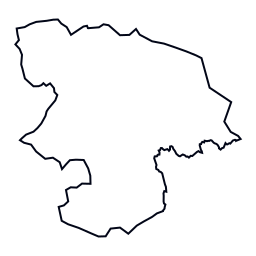 Pelathousa, Paphos, Cyprus (Equal Earth projection)
{"feature_id": "46923920B82267121536699", "entity_name": "Pelathousa", "entity_type": "district", "adm_level": 2, "iso_a3": "CYP", "parent_name": "Cyprus", "parent_adm1": "Paphos", "projection": "equal_earth", "projection_center": [32.477, 35.029], "detail": "fine", "context": "isolated", "style": "outline", "palette": "ink", "viewbox_px": 256, "rotation_deg": 0, "n_neighbors": 0, "source": "geoboundaries", "source_scale": "gbopen_adm2", "svg_char_len": 2352}
<svg xmlns="http://www.w3.org/2000/svg" viewBox="0 0 256 256"><path d="M236.4,140.7L240.6,139.0L238.1,135.9L230.7,131.9L224.3,121.6L231.2,102.1L209.6,87.7L201.5,58.1L196.1,55.4L186.3,51.4L175.7,47.6L164.0,43.6L152.1,41.3L139.7,34.7L136.0,29.0L129.4,34.9L120.0,35.2L108.6,25.2L103.5,24.3L99.0,27.3L89.1,28.1L88.7,28.2L87.9,28.1L87.0,25.8L83.5,26.5L71.0,34.8L66.7,27.1L61.3,23.6L57.9,19.5L53.2,19.7L46.7,20.8L36.2,21.9L29.7,24.3L24.7,27.1L16.7,28.5L17.5,34.3L18.9,40.1L15.4,44.4L19.6,48.9L22.0,54.8L21.2,64.5L22.5,68.9L24.9,78.5L33.5,86.3L38.6,86.2L41.5,85.1L43.4,83.2L46.2,85.8L50.1,83.4L54.0,88.2L54.4,92.0L57.3,95.0L55.3,100.4L48.3,108.8L46.6,111.4L45.5,115.9L41.3,123.5L37.5,128.0L33.5,131.7L26.1,134.6L22.0,138.2L20.0,140.2L24.1,142.8L31.1,144.6L36.1,151.5L45.2,158.8L52.9,157.7L59.7,162.2L62.0,169.1L66.0,164.4L69.9,160.2L76.0,159.7L83.7,160.0L88.2,168.4L90.3,175.7L90.5,183.8L82.0,183.6L76.7,187.6L70.7,187.3L66.0,190.0L68.2,201.4L63.9,205.4L58.7,206.9L61.7,220.8L68.2,224.3L78.7,227.9L91.2,233.4L98.5,236.5L105.7,236.3L106.1,235.6L110.6,228.6L120.0,227.6L128.3,233.7L136.8,225.6L143.9,221.4L152.1,216.9L156.9,213.4L163.0,211.1L163.0,210.6L164.5,208.7L164.7,207.1L165.4,204.5L164.0,203.5L163.6,201.5L163.7,195.7L163.5,193.4L164.3,191.1L166.3,191.7L165.9,186.8L164.9,184.2L162.2,173.3L160.7,171.9L159.2,171.5L158.3,169.9L156.3,169.0L156.0,166.9L156.5,165.0L154.2,158.3L154.7,156.4L155.6,156.3L156.9,156.3L157.4,155.7L157.4,155.2L158.2,154.6L159.4,154.6L159.5,153.8L159.5,152.2L158.7,150.5L160.1,150.0L160.8,148.1L161.9,148.0L162.9,149.1L164.3,150.1L167.3,149.1L168.3,149.9L169.0,150.8L170.0,149.6L170.0,148.0L170.1,146.5L171.5,146.2L172.6,147.0L173.3,148.9L174.9,151.0L176.3,153.8L178.7,155.9L180.0,156.3L181.6,155.2L182.8,154.5L184.8,155.3L186.3,156.7L187.6,156.5L188.9,157.6L190.7,155.8L192.3,156.0L197.0,151.9L198.5,151.1L199.9,152.2L202.1,152.8L201.8,151.4L201.4,150.6L200.9,149.9L199.7,145.4L199.8,144.2L201.1,144.1L201.4,143.1L202.3,141.9L204.2,142.4L204.6,140.7L207.1,141.2L207.7,141.0L208.8,140.8L209.3,140.9L210.4,140.2L211.6,140.4L213.7,142.7L214.6,143.3L216.1,143.8L216.9,144.3L217.8,145.2L219.1,147.5L219.0,148.4L220.6,149.6L222.1,148.1L223.6,147.7L225.5,143.1L226.6,144.3L227.3,144.4L227.8,144.2L228.4,143.7L229.4,143.2L230.3,143.6L232.9,140.5L235.0,139.8L236.5,140.3L236.4,140.7Z" fill="none" stroke="#020617" stroke-width="2"/></svg>